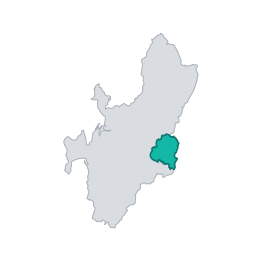 Chernihiv on a map of Ukraine (Equal Earth projection), rotated 108°
{"feature_id": "UKR-285", "entity_name": "Chernihiv", "entity_type": "Region", "adm_level": 1, "iso_a3": "UKR", "parent_name": "Ukraine", "parent_adm1": "", "projection": "equal_earth", "projection_center": [32.067, 51.356], "detail": "fine", "context": "in_parent", "style": "filled", "palette": "teal", "viewbox_px": 256, "rotation_deg": 108, "n_neighbors": 0, "source": "natural_earth", "source_scale": "10m", "svg_char_len": 7655}
<svg xmlns="http://www.w3.org/2000/svg" viewBox="0 0 256 256"><g transform="rotate(108 128 128)"><path d="M172.4,165.5L175.2,169.2L177.5,171.2L178.6,171.2L181.7,169.9L183.8,170.3L185.6,169.1L190.2,170.0L188.8,172.4L188.2,174.9L182.3,175.8L180.0,174.3L177.7,174.4L176.4,176.2L174.1,177.4L173.4,178.8L169.1,178.7L166.3,180.0L164.2,182.7L161.8,184.4L160.0,185.0L157.0,184.3L154.7,182.5L156.5,177.2L155.8,174.4L153.9,173.1L151.6,173.0L148.5,170.7L145.0,171.0L143.8,169.9L151.0,164.8L152.6,164.5L156.9,161.9L156.1,159.7L154.3,160.3L151.7,158.5L143.4,159.9L138.4,157.3L136.1,157.0L135.5,156.3L137.9,155.8L138.1,154.8L134.8,154.2L133.0,153.0L142.1,154.1L144.6,152.1L142.0,152.8L139.5,152.4L138.5,151.7L137.4,149.6L137.4,146.8L136.2,144.2L135.3,143.4L137.1,147.6L136.6,151.6L132.8,151.4L133.1,149.7L131.3,151.9L128.3,152.0L124.4,153.0L122.8,157.2L117.8,163.1L113.3,165.0L111.7,164.7L111.1,165.2L110.7,167.0L111.5,167.9L112.1,170.8L111.9,172.0L110.3,170.4L108.4,169.6L106.4,169.9L102.6,171.6L101.3,171.3L101.4,172.1L101.1,172.4L97.5,171.5L96.0,170.7L94.9,169.2L96.0,168.5L98.2,168.2L98.1,166.0L100.9,163.3L101.0,162.0L103.4,160.4L104.1,158.5L103.3,155.8L103.6,154.4L106.2,153.4L106.4,155.5L107.0,155.3L107.6,154.3L111.0,155.3L112.1,154.5L113.6,156.0L116.3,155.6L116.9,154.9L114.6,153.2L114.8,150.5L114.1,149.0L110.7,147.0L110.0,144.6L110.4,142.6L108.6,141.7L105.9,139.4L106.8,135.3L106.7,133.8L105.9,132.6L103.6,132.8L102.0,130.4L99.3,129.9L98.5,130.8L98.1,130.0L97.2,130.0L97.3,129.0L96.7,128.7L94.4,128.4L93.9,127.5L91.5,126.1L88.5,125.2L86.8,126.1L86.1,125.9L84.9,126.8L80.6,126.5L78.0,128.3L74.5,129.1L74.1,130.4L72.8,132.2L64.9,133.4L61.6,134.6L60.5,135.7L58.4,136.1L55.0,133.1L54.0,132.8L50.5,133.4L44.9,132.2L42.0,132.2L39.1,130.8L38.0,132.0L36.0,132.8L35.9,131.6L34.9,130.5L32.9,130.1L32.2,129.1L30.4,128.4L29.4,126.2L28.1,126.3L28.3,123.9L30.1,122.3L33.2,116.8L36.5,117.3L36.6,116.7L35.1,115.4L35.5,113.6L34.8,110.2L35.5,109.2L39.3,105.1L47.1,98.4L50.0,98.0L51.4,96.3L51.5,95.1L50.4,92.8L51.8,91.9L51.7,91.6L50.6,90.6L49.4,88.1L47.3,85.5L47.6,84.4L46.8,82.7L47.0,81.4L49.0,81.0L50.7,81.7L52.6,80.6L55.3,77.9L63.0,77.0L72.3,77.2L81.4,79.2L85.4,79.5L87.0,81.6L90.3,81.5L91.3,81.9L91.3,83.2L93.1,81.6L94.7,82.1L96.6,81.4L101.1,82.3L101.6,83.5L102.5,83.8L103.8,82.4L106.6,81.2L109.2,84.5L111.5,83.8L118.1,83.2L119.7,84.3L119.9,85.3L122.2,86.1L123.2,84.9L122.1,81.6L122.7,80.3L124.6,77.5L127.0,75.4L133.5,74.6L139.4,75.4L141.1,74.5L142.0,72.4L142.8,71.9L146.8,72.6L150.5,71.4L156.8,71.4L158.8,72.6L160.9,76.3L164.1,79.1L163.9,79.9L161.1,80.4L161.0,80.9L162.0,82.2L162.3,84.8L162.8,85.1L162.2,86.3L165.2,86.5L167.6,87.4L171.4,87.0L172.5,89.0L174.2,89.2L174.3,90.5L175.7,93.6L175.2,95.2L175.4,96.2L177.5,98.6L178.4,98.9L180.7,97.6L183.2,98.0L185.3,99.8L187.5,99.8L188.8,100.8L190.3,99.6L197.5,98.0L199.3,99.6L199.6,100.7L200.8,102.2L204.6,104.8L205.7,104.6L206.0,103.4L206.9,103.0L209.1,104.2L211.2,104.4L214.3,106.2L217.1,105.7L218.6,107.3L220.4,107.5L224.0,109.7L227.3,109.7L227.1,111.7L227.9,112.6L227.8,114.2L225.5,116.9L223.3,117.7L224.1,119.0L226.8,119.9L227.0,120.3L224.6,120.5L223.7,121.5L223.1,123.6L225.3,124.3L226.0,126.9L225.6,127.7L226.8,128.2L224.6,134.3L214.4,134.4L212.5,136.9L209.5,137.7L208.6,138.4L207.7,141.9L208.7,142.5L207.8,144.0L208.0,145.2L200.5,145.4L198.2,147.7L195.0,148.3L192.2,150.7L191.0,149.9L189.5,150.0L186.4,151.5L183.5,151.3L181.3,152.0L176.5,155.5L174.4,158.6L172.2,159.5L175.2,157.0L175.3,155.7L174.6,154.6L172.7,157.2L170.3,158.3L170.5,161.3L172.4,165.5ZM139.7,158.8L133.1,157.3L132.5,155.6L133.9,157.1L139.7,158.8Z" fill="#d9dde1" stroke="#a8b0b8" stroke-width="1"/><path d="M132.4,74.5L134.3,74.7L136.2,74.6L136.5,74.7L136.8,74.9L136.9,75.1L136.9,75.4L136.9,75.6L137.1,75.7L137.3,75.6L137.9,75.4L138.3,75.4L138.9,75.5L139.1,75.5L140.6,75.0L141.1,74.7L141.4,74.1L141.5,73.3L141.6,73.1L142.0,72.9L142.0,72.7L141.8,72.3L141.7,72.2L141.9,71.7L142.3,71.6L143.3,71.9L143.8,71.8L145.9,72.6L146.2,72.6L146.9,72.5L147.2,72.5L147.4,72.6L147.7,72.8L147.9,72.8L148.1,72.7L149.2,71.9L149.4,71.9L149.5,71.9L149.8,71.8L149.9,71.6L150.2,71.5L150.7,71.2L150.8,71.1L151.0,71.0L152.0,71.2L152.7,71.2L152.9,71.2L153.2,71.4L153.1,71.7L153.0,72.0L152.8,72.2L152.8,72.7L152.6,72.8L152.4,73.0L152.4,74.0L153.0,74.2L153.2,74.3L153.4,74.6L153.5,74.7L153.7,74.9L154.1,74.9L154.2,75.0L154.0,75.3L153.7,75.4L153.4,75.5L153.2,75.4L152.9,75.4L152.9,75.9L152.8,76.1L152.7,76.2L152.8,76.3L153.0,76.5L152.9,76.8L152.3,77.0L152.0,77.0L151.8,77.0L151.3,77.4L150.9,77.3L150.6,77.4L150.7,77.5L150.4,77.7L150.2,78.1L149.9,78.3L149.7,78.6L149.6,78.9L149.6,79.2L149.8,79.6L150.0,79.8L150.6,80.3L150.4,80.6L150.4,80.9L150.6,81.0L150.7,81.6L150.9,81.8L150.6,82.0L150.6,82.3L150.9,82.6L151.0,82.7L150.7,82.9L150.3,82.8L150.4,83.1L150.3,83.3L150.2,83.4L150.1,83.5L150.4,84.0L150.2,84.2L150.3,84.5L150.2,84.6L149.8,84.7L149.6,84.7L149.3,84.4L149.2,84.3L149.0,84.5L148.9,84.6L149.0,84.7L149.2,85.0L149.5,85.1L149.6,85.3L149.5,85.6L149.7,85.8L149.8,85.9L149.7,86.0L149.7,86.3L149.3,86.6L149.3,87.0L149.2,87.1L148.6,87.3L148.6,87.6L148.6,87.9L148.6,88.0L148.3,88.4L148.3,88.5L148.8,88.6L149.2,88.7L149.3,88.8L149.6,88.7L149.7,88.8L149.5,89.0L149.4,89.1L149.5,89.1L149.9,89.3L150.5,89.5L150.5,89.4L150.8,89.0L151.2,89.0L151.0,89.5L150.7,89.8L150.7,90.0L151.0,90.2L151.0,90.3L151.0,90.5L151.0,90.9L150.9,91.1L150.7,91.3L150.4,92.2L150.3,92.4L150.3,92.6L150.4,92.9L150.5,93.0L150.8,93.2L150.8,93.3L150.7,93.6L150.4,93.8L150.4,94.2L150.4,94.3L150.1,94.5L150.2,94.8L150.2,95.0L150.1,95.3L149.7,96.2L149.3,96.8L149.1,97.0L148.7,97.2L148.6,97.3L148.5,97.5L148.2,97.6L147.9,97.8L147.7,98.1L147.0,98.3L146.0,98.7L145.6,98.7L144.9,98.6L143.8,98.6L143.6,98.5L143.5,98.4L143.4,98.1L143.2,98.0L142.9,98.0L142.6,98.2L142.3,98.0L142.2,98.0L141.9,98.0L141.2,98.3L140.9,98.7L140.7,98.8L140.4,98.9L140.2,98.8L139.6,98.8L138.9,98.5L138.9,98.4L139.0,98.2L138.5,98.0L138.3,97.8L138.2,97.7L138.1,97.4L137.8,97.2L138.0,96.7L138.3,96.7L138.4,96.4L138.4,96.2L137.8,96.1L137.6,96.0L137.4,95.9L137.1,95.4L136.5,95.0L136.4,95.0L136.1,95.0L135.9,95.1L135.8,95.3L135.7,95.5L135.5,95.8L135.3,96.0L135.2,96.0L134.8,96.0L134.6,96.0L134.3,96.2L134.1,96.3L133.9,96.4L133.8,96.5L133.6,96.5L133.4,96.6L132.5,96.5L132.4,96.5L132.2,96.7L131.3,96.6L131.1,96.5L130.9,96.5L130.7,96.6L130.1,96.4L130.0,96.1L129.9,95.9L129.5,95.9L129.1,95.6L129.1,95.4L129.3,95.2L129.5,95.0L129.5,94.9L129.4,94.5L129.4,94.4L128.9,94.0L128.9,93.7L128.4,93.7L128.4,93.4L128.2,93.1L127.8,93.1L127.6,93.2L126.7,93.1L126.5,93.3L126.4,93.3L125.7,93.2L125.5,93.4L125.3,93.4L125.2,93.4L125.1,93.2L124.9,93.1L124.5,93.2L124.4,93.2L124.5,92.8L124.6,92.4L124.7,92.0L124.6,91.8L124.2,91.6L123.6,91.4L123.4,91.3L123.3,91.2L123.4,90.7L123.5,90.4L123.4,90.1L123.1,89.8L122.9,89.7L122.6,89.7L122.3,89.6L122.2,89.6L121.9,89.7L121.8,89.2L121.8,88.3L122.1,87.4L122.0,87.1L121.9,86.8L121.9,86.7L122.0,86.7L122.3,86.7L122.3,86.4L122.3,86.1L122.6,85.8L122.6,85.6L122.9,85.4L123.2,85.2L123.2,84.8L123.3,84.7L123.2,84.5L123.1,84.1L122.9,83.9L122.7,83.9L122.7,83.7L122.8,83.5L122.9,83.4L123.0,83.5L123.0,83.4L122.8,83.3L122.7,83.2L122.7,82.9L122.5,82.6L122.7,82.3L122.1,82.2L122.2,81.9L121.9,81.6L122.3,81.3L122.4,81.2L122.5,80.8L122.5,80.6L122.6,80.4L122.6,80.2L123.0,80.1L123.3,79.6L123.4,79.4L123.1,79.3L123.2,79.2L123.5,79.1L123.7,78.9L123.6,78.7L124.0,78.1L124.1,77.9L124.4,77.8L124.4,77.5L124.5,77.4L124.8,77.5L124.9,77.4L125.2,77.2L125.1,76.9L125.4,76.8L125.7,76.6L125.9,76.4L126.0,76.2L126.3,76.1L126.6,76.1L126.6,75.8L126.3,75.8L126.4,75.5L126.4,75.3L126.5,75.1L126.8,75.0L128.3,75.0L128.7,75.0L129.0,75.1L129.5,75.5L130.0,75.5L130.2,75.2L130.3,75.0L130.5,74.7L131.4,74.5L132.4,74.5Z" fill="#14b8a6" stroke="#0f766e" stroke-width="1.5"/></g></svg>